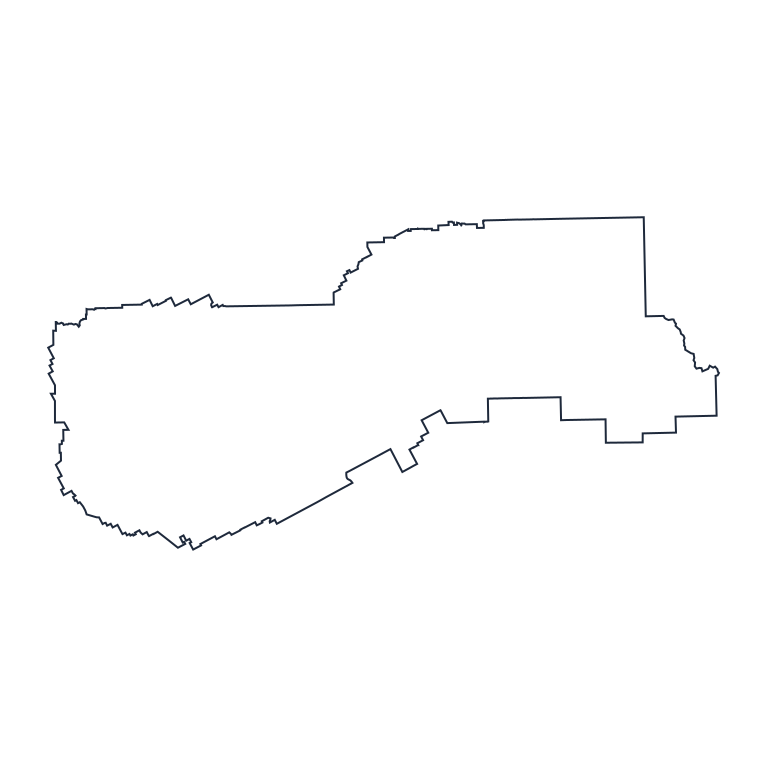 Beverley, Western Australia, Australia (orthographic projection), rotated 179°
{"feature_id": "25037944B89171502248139", "entity_name": "Beverley", "entity_type": "district", "adm_level": 2, "iso_a3": "AUS", "parent_name": "Australia", "parent_adm1": "Western Australia", "projection": "orthographic", "projection_center": [116.842, -32.16], "detail": "fine", "context": "isolated", "style": "outline", "palette": "slate", "viewbox_px": 768, "rotation_deg": 179, "n_neighbors": 0, "source": "geoboundaries", "source_scale": "gbopen_adm2", "svg_char_len": 5742}
<svg xmlns="http://www.w3.org/2000/svg" viewBox="0 0 768 768"><g transform="rotate(179 384 384)"><path d="M103.2,447.2L121.1,447.1L121.4,546.2L202.8,546.1L230.9,546.0L231.3,546.1L231.5,546.1L232.3,546.1L232.9,546.0L233.9,546.0L237.0,546.0L237.7,546.0L238.0,546.0L239.4,546.0L240.0,546.0L240.3,546.0L241.5,546.0L242.1,546.0L242.3,546.0L242.7,546.0L242.8,546.0L244.3,546.0L244.7,546.0L246.3,546.0L246.7,546.0L247.6,546.1L256.4,546.0L256.9,546.0L257.8,546.0L258.1,545.9L258.3,545.9L259.7,546.0L259.8,546.0L259.9,545.9L260.0,545.9L281.4,545.8L281.4,545.1L282.1,545.1L282.0,543.7L282.1,543.2L281.6,541.5L281.5,541.2L281.5,539.1L281.5,538.4L288.3,538.4L288.4,542.2L299.7,542.2L300.6,543.0L301.5,543.0L303.7,543.1L303.8,543.0L303.8,541.5L304.0,541.3L304.3,541.8L304.6,542.2L305.9,543.3L306.1,543.4L306.3,543.6L306.8,543.7L307.8,543.9L308.1,544.0L308.1,541.9L311.2,541.8L311.3,544.3L312.6,544.2L313.2,545.1L316.7,545.0L316.6,541.8L327.0,541.5L327.0,536.9L333.4,536.9L333.4,538.4L337.8,538.4L338.0,538.3L338.2,538.2L338.3,538.1L338.5,538.0L338.8,538.1L338.9,538.4L340.2,538.4L340.3,538.3L340.3,538.2L340.6,538.0L340.8,538.0L340.9,538.3L341.7,538.4L341.7,538.5L346.7,538.5L347.2,538.7L347.2,538.4L354.6,538.4L354.6,536.6L357.2,536.6L357.2,538.2L359.1,537.2L359.4,537.1L361.1,536.2L362.0,535.8L366.3,533.6L366.8,533.2L367.1,533.0L367.3,533.0L370.6,531.3L370.6,529.8L371.3,529.8L371.3,530.3L381.5,530.3L381.5,525.8L398.2,525.8L398.2,521.3L394.3,513.6L398.6,511.4L398.6,511.5L403.7,509.0L403.5,507.9L407.1,506.3L407.5,504.1L408.4,502.1L408.0,499.6L415.4,496.0L416.6,498.5L419.1,497.4L418.1,495.4L422.3,493.4L419.8,488.0L425.1,485.5L424.3,483.7L427.3,482.2L426.1,479.5L432.7,476.4L432.8,476.1L432.8,464.3L445.3,464.3L454.3,464.3L469.0,464.3L475.8,464.2L540.5,464.4L541.4,464.7L543.3,464.7L543.9,465.9L548.1,463.7L549.4,466.2L554.6,463.7L554.7,463.8L554.8,464.5L555.1,465.0L555.4,465.5L555.4,466.0L555.3,467.0L554.6,467.9L553.8,468.5L557.6,476.3L575.8,467.1L578.3,472.1L591.5,465.7L595.4,474.0L595.5,474.1L600.8,471.6L600.9,471.4L600.7,470.9L608.9,466.9L609.4,468.0L613.9,465.8L616.9,472.2L624.8,468.4L624.8,467.6L644.4,467.6L644.4,464.8L659.1,464.8L659.9,464.6L661.4,464.4L662.0,464.8L671.2,464.8L671.2,463.9L672.1,463.9L672.6,463.3L673.1,463.5L673.6,463.7L674.1,463.8L678.7,463.8L679.1,463.9L680.1,464.2L680.1,463.8L680.1,458.7L680.8,458.7L680.8,454.3L683.6,454.3L683.6,453.8L685.8,453.1L686.9,451.8L687.5,449.8L687.2,447.9L688.2,446.6L690.0,449.0L691.5,449.4L693.0,448.8L695.7,449.9L696.3,449.7L698.2,449.8L698.9,449.2L699.1,449.0L700.2,449.3L701.0,449.1L701.8,449.0L703.2,448.6L703.8,449.7L703.8,450.1L705.5,450.9L707.3,450.0L709.8,450.0L709.8,451.1L710.6,451.7L711.1,451.7L711.1,442.9L713.8,443.1L713.9,428.9L719.1,426.2L713.7,415.5L717.1,413.7L715.1,409.8L718.1,408.3L715.0,402.4L719.1,400.2L713.0,388.5L713.1,380.0L717.2,380.1L713.3,372.8L713.6,354.4L713.6,354.1L713.6,351.2L704.4,351.2L701.3,345.5L700.3,343.7L705.5,343.7L705.5,332.9L707.1,332.9L707.1,329.7L708.6,329.3L708.9,329.2L709.5,329.3L709.5,320.9L708.3,320.9L708.3,313.0L713.5,308.9L707.9,297.7L711.5,295.9L706.0,285.2L708.7,283.8L706.2,278.5L698.3,282.6L697.2,280.5L696.9,280.0L696.6,279.7L696.2,279.4L695.9,279.3L694.4,277.8L694.7,277.5L696.9,276.4L694.9,272.6L693.6,273.3L692.0,270.2L690.2,271.1L687.4,267.4L686.8,266.5L686.1,265.1L685.1,263.2L684.8,262.5L684.5,261.6L683.6,258.8L675.9,256.4L674.2,255.9L673.4,255.7L671.2,255.6L667.8,248.9L665.9,249.9L665.3,250.0L664.7,250.1L663.3,247.2L659.7,249.0L657.8,245.3L652.9,247.8L648.7,239.6L648.1,238.5L645.1,239.9L643.7,237.2L641.1,238.5L640.2,236.9L637.8,238.1L637.2,236.9L634.8,238.1L635.6,239.7L631.1,242.0L630.1,240.0L629.9,239.7L628.0,237.9L623.8,240.1L621.8,236.2L621.6,236.0L617.3,238.2L617.1,238.0L612.9,240.2L601.4,230.9L592.9,223.9L589.3,225.7L585.5,227.6L586.6,229.7L588.0,229.0L590.6,234.3L587.1,236.1L584.5,230.8L581.2,232.5L579.5,229.2L581.1,228.4L577.7,221.8L569.7,225.8L570.4,227.2L555.7,234.7L554.2,231.7L544.9,236.5L541.3,238.4L539.2,236.3L539.1,235.9L530.2,240.2L530.3,240.7L530.3,240.8L526.1,242.9L525.9,243.0L525.8,242.9L515.2,248.1L513.7,244.9L511.2,246.0L508.0,247.6L508.6,248.9L502.1,252.3L499.8,251.6L500.0,250.4L500.7,248.8L500.5,247.5L495.6,250.1L493.6,246.1L453.1,266.9L449.7,268.7L443.8,271.9L417.3,285.7L418.2,287.0L419.0,287.9L419.6,288.4L421.0,289.1L422.0,289.7L422.3,290.0L422.9,291.0L423.2,292.7L423.3,294.6L423.2,296.1L420.1,297.6L419.9,297.7L396.6,309.6L378.7,318.8L367.2,295.7L359.4,299.8L355.5,301.9L352.3,303.5L359.7,318.0L355.7,320.1L355.6,319.9L351.0,322.3L350.9,322.3L351.2,323.0L351.7,324.2L345.9,327.1L347.8,330.9L340.6,334.5L347.0,347.1L328.0,356.8L327.9,356.7L321.4,343.8L284.4,344.6L284.4,344.2L284.2,344.3L283.0,344.5L282.0,344.6L281.2,344.5L280.9,344.6L280.4,344.7L280.4,367.5L278.2,367.5L277.8,367.6L276.8,367.5L276.4,367.6L275.3,367.5L274.9,367.6L272.6,367.6L271.0,367.5L269.3,367.6L268.2,367.6L267.2,367.6L266.9,367.6L266.3,367.6L265.6,367.6L265.1,367.6L263.4,367.6L262.1,367.6L260.5,367.6L259.5,367.6L259.0,367.6L258.8,367.6L257.7,367.6L255.8,367.6L254.3,367.7L252.1,367.6L250.2,367.6L248.1,367.6L246.2,367.6L245.3,367.7L243.7,367.6L242.9,367.6L241.6,367.6L207.7,367.7L207.6,345.0L207.6,344.7L202.1,344.8L163.1,344.8L163.2,321.4L126.4,321.1L126.2,330.1L92.9,330.3L93.1,346.3L52.0,346.5L52.3,386.4L50.3,386.8L48.9,389.2L49.9,390.4L50.5,393.1L52.7,395.6L54.6,394.6L58.0,396.6L59.6,393.5L65.4,391.1L66.3,394.3L68.4,394.6L71.3,393.9L73.0,396.3L72.6,400.1L74.1,402.4L73.3,404.6L73.9,408.7L76.5,409.4L82.2,413.0L82.3,415.9L83.3,417.2L83.0,419.3L83.6,422.3L82.7,424.7L83.7,427.2L86.2,429.1L86.4,430.6L86.5,431.0L87.4,433.4L89.1,434.6L91.5,437.1L91.0,439.2L92.1,440.3L93.3,443.4L94.8,443.6L98.4,443.0L100.8,444.1L102.3,445.2L103.2,447.2Z" fill="none" stroke="#1e293b" stroke-width="2"/></g></svg>